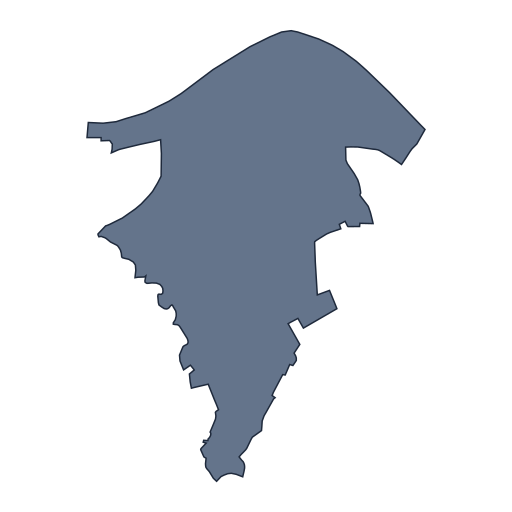 Ngo Quyen, Hải Phòng, Vietnam
{"feature_id": "81297802B18343005733844", "entity_name": "Ngo Quyen", "entity_type": "district", "adm_level": 2, "iso_a3": "VNM", "parent_name": "Vietnam", "parent_adm1": "Hải Phòng", "projection": "robinson", "projection_center": [106.698, 20.853], "detail": "fine", "context": "isolated", "style": "filled", "palette": "slate", "viewbox_px": 512, "rotation_deg": 0, "n_neighbors": 0, "source": "geoboundaries", "source_scale": "gbopen_adm2", "svg_char_len": 3485}
<svg xmlns="http://www.w3.org/2000/svg" viewBox="0 0 512 512"><path d="M242.7,476.8L244.0,471.3L244.6,468.1L244.6,466.3L244.4,464.7L243.9,463.2L243.3,462.0L243.0,461.5L242.6,461.1L241.7,460.2L239.1,456.9L241.1,454.5L245.6,449.9L246.7,448.4L251.1,439.3L252.3,437.2L261.5,430.6L261.8,427.0L262.2,420.9L264.1,415.7L265.8,412.8L273.6,398.9L275.1,397.7L272.1,395.5L273.5,392.1L282.7,374.6L285.2,375.0L289.7,364.5L292.9,365.5L296.3,360.5L296.3,358.0L295.7,356.0L294.1,353.1L299.8,344.4L288.1,323.7L290.9,322.1L297.9,318.4L303.4,328.1L336.9,308.7L335.4,304.9L329.5,290.4L317.3,294.9L315.3,262.2L315.2,259.6L315.2,259.1L314.6,243.0L314.7,241.7L316.2,240.5L318.8,238.8L326.9,233.8L327.8,233.5L327.9,233.4L330.4,232.3L340.8,228.8L339.3,224.3L345.1,221.3L347.5,226.0L347.9,226.5L348.5,226.6L359.6,226.5L359.9,223.3L373.1,223.6L373.0,223.0L370.8,214.0L370.3,212.2L368.6,207.3L368.4,206.8L368.0,206.0L360.1,195.6L359.9,195.2L359.9,194.8L360.1,194.2L360.7,193.1L360.5,191.2L359.8,187.1L359.0,183.7L357.7,179.8L354.2,173.6L347.4,163.7L345.9,160.1L345.6,147.1L350.8,146.9L357.8,147.0L362.8,147.7L372.6,149.1L375.6,149.4L378.1,149.9L379.9,150.7L391.4,157.6L393.9,159.2L395.1,160.0L399.0,162.7L401.5,164.5L401.7,164.2L405.8,158.1L408.1,154.5L410.1,151.4L412.1,148.7L416.8,144.0L425.0,129.5L420.7,125.1L389.6,92.7L366.2,70.1L356.4,61.4L343.1,51.6L332.6,45.4L318.7,39.0L297.7,32.0L291.2,30.7L289.6,30.9L281.6,32.0L269.8,36.9L250.0,46.7L213.2,69.5L181.1,93.6L169.0,101.2L145.2,112.8L125.7,118.6L116.1,121.7L103.1,123.2L88.3,122.5L87.0,137.6L101.1,137.6L101.1,140.8L109.4,140.5L110.3,141.2L111.4,142.9L112.3,144.0L112.1,149.3L111.3,152.9L118.1,149.9L119.5,149.4L120.6,149.1L128.7,147.1L140.0,144.4L154.1,141.4L160.6,139.7L161.4,153.5L161.1,176.2L158.5,181.3L157.5,183.2L152.6,191.4L149.1,195.6L141.3,203.9L135.5,208.8L123.4,217.3L122.3,218.1L120.8,218.8L109.6,224.4L106.9,225.5L105.6,225.9L98.0,233.9L98.0,234.8L98.9,236.8L101.2,236.4L102.0,236.7L104.8,237.7L106.2,238.5L110.5,242.0L116.8,245.2L117.7,245.9L118.8,247.4L120.4,250.0L121.3,253.2L121.7,256.9L122.4,257.7L124.8,258.4L127.5,259.0L129.0,259.4L130.8,260.5L133.3,262.0L135.4,265.0L135.8,270.4L135.1,276.6L135.0,277.7L138.1,277.2L144.0,277.0L144.7,276.8L145.8,275.9L144.9,281.0L145.2,282.4L146.8,283.3L148.1,283.3L151.9,282.9L156.5,283.1L158.5,283.9L159.9,284.4L161.7,286.4L162.7,288.3L163.0,290.9L162.7,293.2L161.4,294.3L160.5,294.3L158.9,294.1L158.1,294.5L157.8,296.1L158.4,302.8L159.0,305.0L160.1,305.8L160.8,306.3L161.4,306.8L164.2,308.6L166.3,309.0L167.7,308.7L169.1,307.7L170.5,305.8L171.9,304.9L172.7,305.6L173.3,306.9L174.4,308.7L175.7,310.9L176.2,313.4L176.2,316.1L175.3,319.7L173.3,322.8L173.3,324.2L175.0,324.5L177.5,324.7L179.3,325.9L181.0,328.5L187.3,338.6L187.9,340.5L188.1,342.0L187.9,343.0L187.3,344.1L186.3,344.7L184.4,345.6L183.4,346.3L182.9,346.9L179.5,355.1L180.0,361.0L183.6,369.9L190.4,365.2L191.0,365.9L193.1,368.5L193.6,369.1L194.2,370.0L189.4,374.0L190.2,381.9L191.4,388.2L193.6,387.6L208.2,384.2L214.5,399.9L216.4,404.4L218.5,409.7L216.1,411.4L215.4,412.3L215.9,416.0L215.5,419.1L213.0,425.2L210.1,432.1L210.8,433.2L210.8,434.3L210.5,435.7L209.5,437.5L208.1,439.0L207.9,440.6L203.7,440.3L203.2,442.2L206.2,443.1L205.5,443.8L204.3,445.1L201.0,448.6L200.7,449.7L203.9,456.9L204.6,457.4L206.1,458.2L205.5,463.7L205.6,465.4L205.7,466.2L205.8,467.0L206.7,468.6L209.3,471.6L213.4,478.3L216.6,481.3L221.0,476.6L224.0,475.1L227.7,473.7L231.3,473.3L236.2,474.3L242.7,476.8Z" fill="#64748b" stroke="#1e293b" stroke-width="1.5"/></svg>